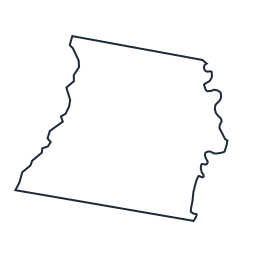 outline of Lamar, Texas, United States of America, rotated 100°
{"feature_id": "52423323B29010460164460", "entity_name": "Lamar", "entity_type": "district", "adm_level": 2, "iso_a3": "USA", "parent_name": "United States of America", "parent_adm1": "Texas", "projection": "natural_earth1", "projection_center": [-95.621, 33.658], "detail": "fine", "context": "isolated", "style": "outline", "palette": "slate", "viewbox_px": 256, "rotation_deg": 100, "n_neighbors": 0, "source": "geoboundaries", "source_scale": "gbopen_adm2", "svg_char_len": 1405}
<svg xmlns="http://www.w3.org/2000/svg" viewBox="0 0 256 256"><g transform="rotate(100 128 128)"><path d="M75.5,50.1L75.8,50.8L76.8,51.9L78.0,56.1L77.7,57.0L76.6,58.4L75.0,59.1L72.5,60.6L72.1,60.6L71.3,60.2L67.9,56.1L67.3,55.6L64.1,54.4L62.8,54.3L58.3,55.3L57.9,56.0L57.9,56.4L58.2,58.1L58.6,59.0L58.7,60.4L58.6,61.0L58.2,61.8L57.6,62.5L56.0,63.5L54.9,63.8L53.3,63.6L52.5,63.3L51.4,62.4L50.9,61.7L48.1,66.4L47.2,198.8L56.4,199.8L59.1,196.1L70.1,188.3L76.5,186.8L85.4,190.6L91.3,189.4L98.9,195.7L110.4,189.8L116.9,189.7L124.8,191.9L128.3,196.1L133.1,193.3L144.5,204.5L152.2,205.4L155.3,201.7L160.2,203.8L162.9,208.9L167.3,208.6L176.9,216.7L181.9,217.6L189.8,224.4L200.5,225.5L208.8,228.1L208.1,49.4L208.3,47.4L203.6,45.5L201.3,45.3L201.0,45.5L200.9,48.7L199.6,51.6L195.8,52.0L189.0,51.8L179.5,52.5L167.9,51.6L163.2,50.3L162.9,50.0L163.7,46.2L163.3,45.4L162.7,45.1L161.2,45.4L158.7,47.8L154.7,49.4L151.7,49.5L150.6,48.9L150.5,48.1L150.6,45.3L149.4,43.9L147.9,43.5L146.5,44.2L145.0,45.6L142.6,47.1L140.7,47.6L139.1,47.5L138.2,46.6L137.1,44.5L137.0,42.3L137.9,39.9L138.0,37.5L137.4,35.1L135.7,30.6L134.9,29.4L134.5,28.9L133.8,28.7L127.2,27.9L123.1,27.9L122.0,30.5L112.2,37.9L109.2,38.2L105.5,37.0L103.8,37.4L102.5,38.2L100.4,41.3L98.1,43.9L94.6,45.7L90.5,45.9L89.7,45.7L85.3,42.6L82.7,41.8L79.8,41.9L77.1,43.0L76.5,43.7L75.5,46.3L75.3,49.6L75.5,50.1Z" fill="none" stroke="#1e293b" stroke-width="2"/></g></svg>